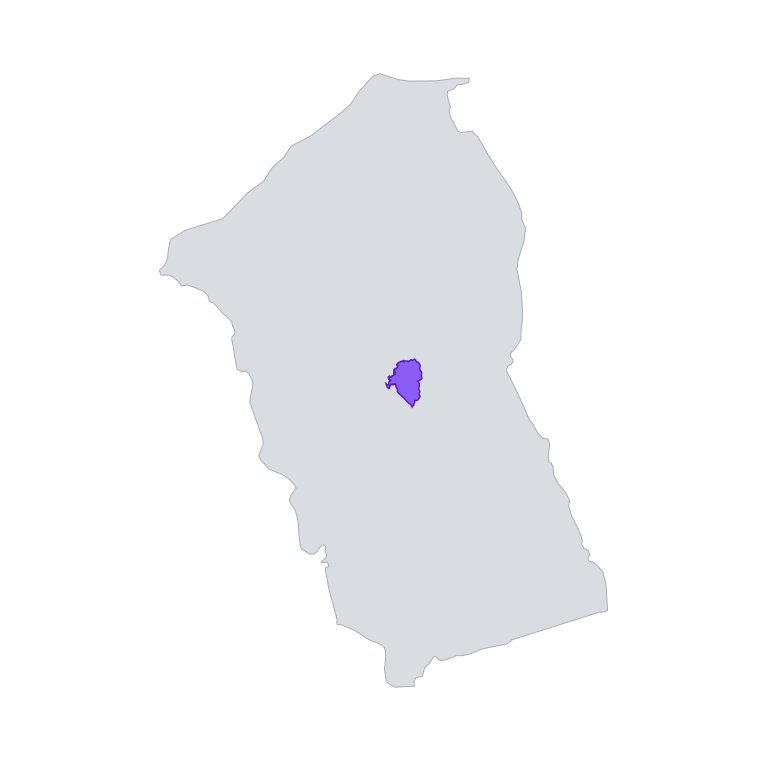 Pru West, Brong Ahafo, Ghana (highlighted), rotated 163°
{"feature_id": "2480657B32965552352903", "entity_name": "Pru West", "entity_type": "district", "adm_level": 2, "iso_a3": "GHA", "parent_name": "Ghana", "parent_adm1": "Brong Ahafo", "projection": "robinson", "projection_center": [-1.234, 8.037], "detail": "fine", "context": "in_parent", "style": "filled", "palette": "violet", "viewbox_px": 768, "rotation_deg": 163, "n_neighbors": 0, "source": "geoboundaries", "source_scale": "gbopen_adm2", "svg_char_len": 7602}
<svg xmlns="http://www.w3.org/2000/svg" viewBox="0 0 768 768"><g transform="rotate(163 384 384)"><path d="M462.3,90.9L467.5,96.5L468.7,99.7L466.8,111.8L463.0,120.2L460.6,128.1L460.9,132.1L463.2,136.0L471.2,142.3L475.3,146.3L480.1,152.4L485.6,158.4L495.1,166.1L499.1,167.6L499.0,169.7L497.7,172.7L496.8,201.7L496.1,209.2L495.4,212.9L494.5,223.8L493.5,225.3L491.7,225.2L490.1,225.6L489.7,227.7L490.4,230.0L496.1,231.5L494.8,233.1L490.6,234.6L488.6,237.9L489.5,241.6L487.2,244.6L487.8,246.6L489.3,248.1L491.7,247.5L498.4,242.5L501.2,242.0L504.7,243.0L511.1,250.6L511.4,254.4L508.8,267.1L506.2,277.0L505.8,290.1L508.5,297.5L508.1,301.5L505.2,305.0L498.6,310.1L499.1,313.6L502.1,320.0L507.7,327.2L518.6,336.1L524.3,347.7L524.5,352.4L521.1,357.1L517.2,361.2L515.9,367.2L517.7,406.0L509.1,422.9L509.1,427.7L509.9,433.3L512.2,436.6L516.6,437.6L520.2,440.8L519.0,452.7L517.1,464.7L516.8,470.6L515.7,473.3L512.3,475.6L511.1,479.4L511.9,484.1L511.3,487.6L513.1,492.1L517.1,497.7L523.4,511.6L525.8,512.7L526.9,515.6L526.2,518.5L528.7,524.6L535.7,530.8L543.0,536.2L549.0,536.9L550.4,541.8L554.3,547.9L557.2,550.6L561.7,552.3L565.4,553.2L565.6,558.4L558.9,562.0L554.4,567.3L550.9,575.4L546.2,584.4L529.7,589.0L523.4,589.1L489.6,589.3L457.9,606.9L439.7,613.2L428.5,623.1L413.4,630.1L402.9,638.7L381.0,642.8L345.1,656.2L333.9,661.5L322.6,670.9L304.1,681.8L296.9,681.7L282.4,671.5L271.5,666.3L244.9,658.5L225.1,655.4L215.5,652.1L212.9,651.5L215.1,647.8L220.7,647.6L226.5,648.7L230.9,645.9L237.4,645.5L239.0,642.6L239.6,635.2L239.5,629.2L241.8,626.5L242.4,619.5L239.2,603.9L236.9,602.2L225.4,599.9L224.5,596.8L222.4,593.6L220.2,585.5L217.7,573.6L213.7,558.8L205.9,534.3L204.0,525.7L202.7,516.9L202.4,506.4L204.0,502.5L203.8,497.1L203.1,491.7L208.6,479.2L219.3,464.0L221.6,458.5L223.6,454.7L223.9,449.2L225.8,431.4L231.0,410.0L234.2,401.9L236.4,397.5L239.0,390.4L239.7,387.0L249.6,378.6L254.2,376.4L255.2,373.1L253.6,369.5L254.3,367.0L256.7,365.8L260.3,364.8L263.0,361.3L258.8,334.9L255.5,308.5L255.3,306.3L253.3,302.6L251.3,291.7L248.0,285.4L243.3,283.5L243.3,277.5L248.0,267.4L249.3,261.4L247.0,259.6L246.7,255.0L248.3,247.6L247.5,242.9L246.7,238.0L241.8,226.5L240.6,218.3L243.1,213.6L243.1,203.1L240.4,187.0L240.0,176.8L241.8,172.5L241.0,168.5L237.4,164.7L237.2,160.9L240.2,157.3L239.8,154.5L236.1,152.4L232.7,147.5L229.7,139.6L230.4,127.0L236.0,103.8L236.7,101.8L243.1,102.0L243.1,103.0L262.9,102.7L285.6,102.5L312.6,102.2L337.2,101.9L338.3,100.9L342.4,99.6L367.2,101.9L382.8,100.8L389.3,101.5L394.2,103.1L404.9,102.1L410.6,102.7L414.9,108.5L416.7,108.4L419.1,106.0L423.4,103.2L427.7,101.0L430.9,96.5L432.8,93.0L435.6,93.7L439.7,93.5L442.4,90.6L443.4,86.2L462.3,90.9Z" fill="#d9dde1" stroke="#a8b0b8" stroke-width="1"/><path d="M355.3,399.3L355.7,399.3L356.3,399.6L356.6,399.8L357.0,399.8L357.4,399.9L357.7,400.2L357.9,400.2L358.1,400.3L358.4,400.3L358.7,400.1L358.8,400.2L359.0,400.1L359.1,400.3L359.0,400.5L359.5,400.4L359.9,400.5L359.9,400.4L359.8,400.2L359.6,399.9L359.8,400.0L360.1,400.4L360.3,400.4L360.5,400.7L360.8,400.7L361.4,400.2L361.8,400.6L362.0,400.5L362.0,400.4L362.3,400.4L362.7,400.3L362.9,400.3L363.1,400.4L363.3,400.4L363.6,400.4L363.9,400.2L364.0,400.0L364.1,399.8L364.3,399.8L364.5,399.8L364.9,399.6L365.0,399.3L365.3,399.3L365.4,399.5L365.4,399.4L365.6,399.4L365.8,399.1L366.2,398.9L366.3,398.8L366.3,398.6L366.1,398.5L366.1,398.2L365.7,397.9L365.8,397.9L365.8,397.7L366.1,397.2L366.2,396.9L366.2,396.7L366.5,396.3L366.6,396.1L366.5,395.9L366.8,395.8L367.1,395.6L367.4,395.3L367.8,395.3L368.0,395.4L368.4,395.4L368.7,395.3L369.0,395.3L369.5,395.3L370.1,395.0L370.2,394.8L370.3,394.8L370.5,394.6L370.6,394.3L370.5,394.2L370.3,394.1L370.2,394.0L370.1,393.8L369.8,393.8L369.8,393.7L370.0,393.6L370.1,393.2L370.0,392.8L369.9,392.7L370.0,392.4L370.3,392.4L370.3,392.6L370.5,392.6L370.8,392.7L370.9,392.8L371.0,392.8L371.1,392.6L371.1,392.4L371.2,392.2L370.9,392.0L371.1,392.0L371.3,391.9L371.6,391.5L371.7,391.2L371.4,390.5L371.2,390.6L370.8,390.5L370.7,390.3L370.4,390.1L370.7,389.9L370.9,390.1L371.0,390.3L371.2,390.2L371.4,390.2L371.5,389.9L371.9,389.7L372.3,389.5L372.5,389.6L372.8,389.5L373.3,389.5L373.5,389.4L373.5,389.2L373.8,389.0L374.0,389.0L374.1,388.9L374.4,389.2L374.7,389.2L374.9,389.2L375.0,388.9L374.9,388.7L375.2,388.6L375.3,388.6L375.5,388.5L375.8,388.7L376.0,388.9L376.4,389.2L376.5,389.5L376.4,389.8L376.6,390.0L376.9,389.9L377.1,389.8L377.3,389.6L377.5,389.6L377.8,389.4L377.8,389.1L377.9,388.9L378.0,388.8L378.1,388.7L378.1,388.4L378.1,388.1L377.8,388.0L377.9,387.9L377.8,387.6L377.9,387.3L378.0,387.0L377.8,386.7L377.7,386.8L377.4,386.7L377.2,386.9L376.7,386.2L376.6,385.8L376.6,385.6L376.9,385.3L377.2,385.0L377.8,384.9L377.9,384.7L378.2,384.6L378.4,384.5L378.9,384.3L379.0,384.1L379.1,383.8L379.1,383.7L379.3,382.6L379.6,382.2L380.1,382.3L380.4,382.2L380.7,382.3L381.1,382.3L381.5,382.4L381.8,383.1L381.8,383.5L381.9,383.9L382.0,384.0L382.0,382.5L382.0,381.6L381.8,380.8L381.8,380.0L381.4,379.4L380.9,378.5L380.6,378.8L380.5,378.7L380.4,378.8L380.3,378.7L380.3,378.8L380.2,378.8L380.0,379.1L379.9,379.0L379.6,379.1L379.5,379.3L379.4,379.5L379.2,379.7L379.1,379.8L379.1,380.1L378.9,380.3L378.9,380.5L378.6,380.5L378.5,380.9L378.4,380.9L378.3,381.0L378.1,380.9L378.2,381.0L377.7,381.1L377.6,381.4L377.4,381.3L377.2,381.3L377.2,381.2L376.9,381.2L376.8,381.3L376.7,381.3L376.4,381.4L376.1,381.0L376.0,380.9L375.9,381.0L375.7,381.1L375.4,381.1L375.1,380.9L374.7,381.0L374.7,380.9L374.6,381.0L374.3,380.8L374.2,380.8L374.1,380.7L374.0,380.8L373.8,380.8L373.6,380.9L373.3,380.8L373.4,380.6L373.3,380.4L373.2,380.3L373.1,380.1L373.0,379.9L373.1,379.7L372.9,379.3L373.0,379.0L373.3,378.6L373.2,378.3L373.2,378.2L373.2,377.5L373.2,377.3L373.1,377.1L373.1,376.8L373.1,376.6L372.9,376.5L372.9,376.3L372.7,376.0L372.8,375.8L372.7,375.1L372.8,374.8L372.7,374.2L372.9,373.8L373.1,373.6L373.4,372.9L373.5,372.7L372.6,370.6L372.2,370.0L372.0,369.9L371.8,369.4L367.5,361.7L367.3,361.0L366.9,359.9L365.7,358.1L364.5,356.8L364.3,355.0L363.9,354.4L363.7,354.2L363.8,354.0L363.8,353.8L362.9,354.4L362.6,354.8L362.4,354.9L362.3,355.0L362.2,354.9L362.0,355.0L361.9,355.0L361.3,356.0L361.0,356.4L361.0,356.6L360.3,357.2L359.9,357.8L359.7,358.6L359.2,359.0L358.7,359.0L358.0,358.7L356.7,358.8L356.3,359.1L355.9,359.1L355.1,359.8L354.1,360.6L354.2,360.8L353.4,361.2L353.2,361.4L353.2,361.5L353.2,361.9L353.2,362.2L353.5,362.9L353.6,363.3L353.5,364.0L353.4,364.2L353.4,364.3L353.3,364.5L353.1,364.7L353.0,365.1L352.8,365.2L352.6,365.6L352.2,365.9L352.0,367.4L352.2,369.1L350.5,372.5L350.3,373.0L350.3,374.0L350.3,374.4L350.3,374.9L350.3,375.0L350.4,375.5L350.3,376.0L350.5,376.4L350.7,376.7L349.4,376.8L349.1,376.9L348.9,376.9L348.8,377.1L348.5,377.2L348.3,377.4L348.1,377.4L347.9,377.5L347.7,377.6L346.5,377.8L346.1,378.3L346.0,378.6L346.1,378.9L346.0,379.0L345.9,381.2L346.0,381.4L346.0,381.7L345.5,382.4L345.1,382.5L344.8,383.3L344.7,384.1L344.7,384.6L344.7,384.9L344.9,385.1L344.9,385.3L345.2,385.7L345.2,385.9L345.3,386.1L345.4,386.4L345.4,387.8L345.3,388.4L344.3,390.3L344.3,390.6L344.1,390.9L344.2,391.1L344.0,391.5L343.9,391.9L344.1,392.1L344.1,392.4L344.4,392.6L344.6,393.3L344.7,394.2L344.9,394.6L344.9,395.0L345.1,395.1L345.6,394.8L345.8,394.9L346.3,395.6L346.5,395.8L346.9,397.9L347.2,398.3L347.3,398.8L347.6,398.8L347.8,398.8L348.5,398.5L348.9,398.3L349.0,398.3L349.4,398.4L349.8,398.3L350.5,398.7L350.5,398.8L350.8,399.1L350.7,399.2L350.8,399.3L351.3,399.2L351.6,399.2L351.9,399.1L352.1,398.9L352.7,398.8L352.9,398.6L353.2,398.4L353.3,398.4L353.4,398.5L353.5,398.6L354.0,398.4L354.2,398.8L354.9,398.9L355.2,399.1L355.3,399.3Z" fill="#8b5cf6" stroke="#5b21b6" stroke-width="1.5"/></g></svg>